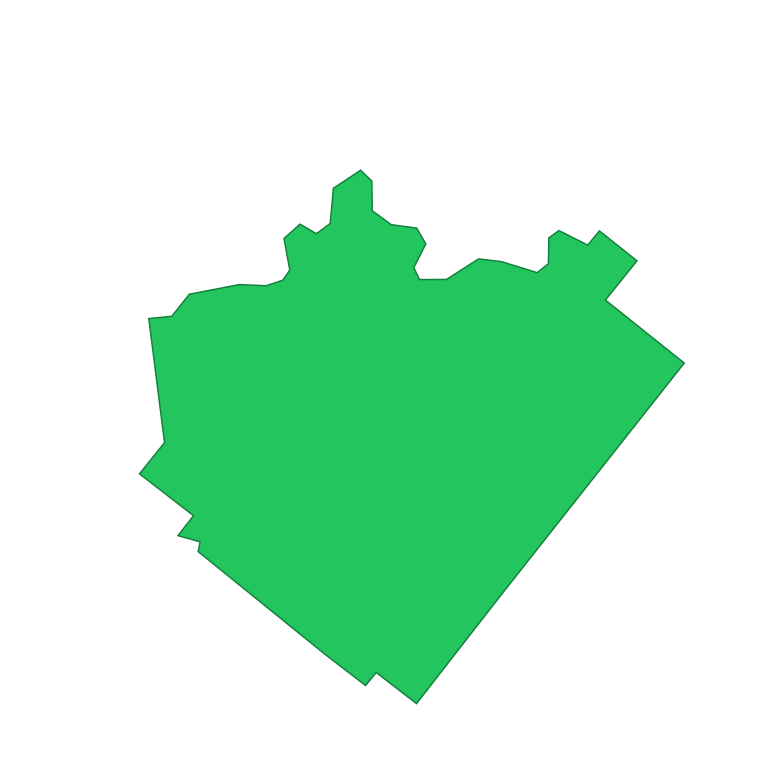 Izard, Arkansas, United States of America (Albers equal-area conic projection), rotated 127°
{"feature_id": "52423323B90005102118407", "entity_name": "Izard", "entity_type": "district", "adm_level": 2, "iso_a3": "USA", "parent_name": "United States of America", "parent_adm1": "Arkansas", "projection": "albers", "projection_center": [-91.982, 36.064], "detail": "fine", "context": "isolated", "style": "filled", "palette": "green", "viewbox_px": 768, "rotation_deg": 127, "n_neighbors": 0, "source": "geoboundaries", "source_scale": "gbopen_adm2", "svg_char_len": 699}
<svg xmlns="http://www.w3.org/2000/svg" viewBox="0 0 768 768"><g transform="rotate(127 384 384)"><path d="M186.6,156.8L183.7,257.7L133.4,256.1L132.1,304.1L150.5,304.9L156.2,336.6L168.1,340.3L189.0,325.1L202.9,328.7L215.6,363.9L227.2,383.8L262.9,397.0L279.2,418.5L273.2,430.2L247.0,434.9L239.8,451.6L252.4,474.1L252.7,497.6L229.3,515.8L227.3,531.3L258.1,542.2L288.2,523.6L304.6,528.4L306.9,547.3L328.0,551.4L349.7,527.8L362.0,527.3L376.4,537.2L391.7,559.4L429.4,593.5L457.6,594.2L473.3,611.2L562.9,524.0L602.9,525.2L603.8,456.9L629.1,457.3L620.7,435.9L629.7,431.5L635.4,267.8L635.9,217.3L619.1,216.6L619.7,165.7L484.7,163.6L186.6,156.8Z" fill="#22c55e" stroke="#15803d" stroke-width="1.5"/></g></svg>